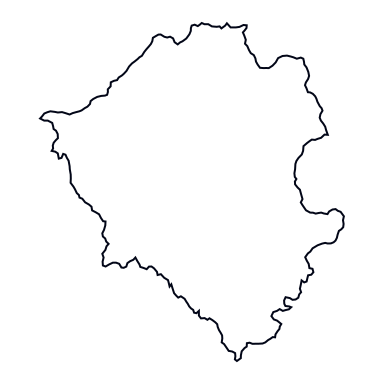 the district of São Miguel Arcanjo, São Paulo, Brazil
{"feature_id": "56859067B88039902051634", "entity_name": "São Miguel Arcanjo", "entity_type": "district", "adm_level": 2, "iso_a3": "BRA", "parent_name": "Brazil", "parent_adm1": "São Paulo", "projection": "robinson", "projection_center": [-47.987, -23.932], "detail": "fine", "context": "isolated", "style": "outline", "palette": "ink", "viewbox_px": 384, "rotation_deg": 0, "n_neighbors": 0, "source": "geoboundaries", "source_scale": "gbopen_adm2", "svg_char_len": 4288}
<svg xmlns="http://www.w3.org/2000/svg" viewBox="0 0 384 384"><path d="M234.9,359.4L236.9,361.0L240.8,358.2L240.9,355.3L241.7,351.3L244.6,348.0L246.7,346.6L246.9,343.2L249.6,342.7L252.4,343.8L259.1,343.7L262.6,343.5L265.3,342.4L268.2,340.0L270.2,338.9L272.7,337.1L275.1,337.3L275.5,334.4L277.5,331.3L279.4,329.0L279.8,326.5L281.3,324.0L277.1,320.6L273.8,319.4L271.4,316.1L273.3,312.1L277.0,310.9L279.7,309.1L282.8,310.9L285.5,310.1L288.9,309.3L291.2,307.2L289.0,306.4L285.4,306.0L284.3,303.8L284.1,300.5L285.6,297.2L289.9,298.1L292.5,299.8L295.6,299.5L298.3,297.7L299.2,294.4L301.1,292.2L299.9,288.8L300.8,284.7L301.6,280.4L304.2,282.4L306.6,281.5L307.4,278.1L308.1,275.3L311.3,274.7L313.4,272.2L312.5,268.8L309.4,268.1L308.7,263.9L306.8,260.7L305.2,257.2L307.9,253.4L310.3,251.6L312.6,248.3L317.6,245.3L322.1,243.6L325.2,242.9L327.7,243.5L330.9,243.4L333.6,242.3L335.5,240.6L336.9,237.8L337.6,234.7L338.9,230.9L341.3,229.3L343.2,227.2L343.6,223.9L343.0,220.2L343.9,216.3L340.6,211.8L337.8,210.8L335.6,209.1L332.5,209.5L329.1,211.5L327.5,214.1L323.9,213.5L321.2,212.6L318.6,213.0L315.7,213.6L313.0,212.7L310.2,212.6L306.0,210.3L302.6,205.3L300.8,202.4L302.5,199.1L301.1,194.2L299.9,189.7L297.6,187.5L295.1,184.4L294.9,181.5L296.4,179.0L294.8,176.9L294.4,173.3L295.1,169.2L295.4,164.0L296.4,161.0L298.5,157.9L301.8,154.5L303.1,150.9L303.5,146.1L307.1,143.0L309.5,141.2L311.8,139.6L315.1,139.9L317.8,138.8L321.1,137.8L324.5,134.6L327.8,134.8L326.1,130.1L325.2,126.7L323.2,123.5L320.9,120.6L319.7,117.7L320.4,114.2L322.5,110.7L321.6,108.2L319.8,106.2L317.4,101.7L316.4,98.7L315.2,96.3L312.8,93.8L310.1,92.4L307.9,92.2L306.5,88.3L305.0,85.2L305.9,82.4L308.1,79.0L309.1,75.9L308.3,71.9L306.5,67.4L304.3,64.5L304.0,61.8L303.3,58.7L300.8,57.6L296.8,58.7L293.4,57.3L290.7,56.5L287.0,55.6L282.5,56.0L278.1,58.1L275.7,62.4L272.5,65.7L268.8,68.1L266.1,68.0L263.7,68.1L260.0,67.8L257.6,64.5L256.0,61.6L255.4,58.4L253.8,55.1L250.8,53.2L249.0,50.1L247.3,46.1L245.0,43.7L245.8,39.8L244.2,35.4L242.9,32.4L244.6,30.5L246.5,28.0L246.7,25.3L243.5,25.0L239.5,26.9L235.9,27.4L230.6,27.4L226.9,23.3L225.2,25.6L221.4,28.4L219.6,26.4L216.7,26.8L211.9,26.4L208.3,24.2L204.4,24.2L201.7,23.0L199.9,24.6L197.8,26.1L194.7,24.7L191.7,25.6L190.9,28.1L190.8,30.9L189.4,34.3L186.3,38.5L182.5,41.3L180.1,42.4L177.7,44.4L174.6,42.2L173.1,38.4L170.1,36.7L167.2,37.5L164.4,36.8L160.7,34.5L158.4,34.6L156.3,35.8L152.9,37.8L152.3,41.2L150.9,44.0L149.0,46.3L146.2,49.5L144.3,51.9L141.9,55.8L139.4,57.3L137.7,59.0L134.6,61.5L132.0,63.4L129.1,66.5L126.5,70.9L123.9,73.7L122.0,75.4L118.7,77.5L117.1,80.1L114.0,80.8L110.8,82.3L110.6,86.4L107.8,89.3L107.9,92.0L107.1,94.8L105.0,95.6L101.3,95.9L97.2,96.9L93.2,99.0L90.6,101.1L90.0,104.0L87.4,106.7L84.8,108.1L81.6,110.4L79.4,111.3L75.9,112.2L72.7,113.1L69.6,114.5L65.7,113.2L62.0,112.1L57.9,112.5L54.9,111.9L50.4,111.3L47.4,112.2L44.3,113.5L41.9,116.6L40.1,118.5L44.2,120.6L47.8,120.6L52.2,122.9L53.1,126.2L53.6,129.0L56.0,130.7L57.7,134.0L57.9,138.2L55.9,140.1L53.7,142.7L52.8,145.6L53.1,148.5L51.7,150.9L55.3,151.7L57.8,153.4L58.8,158.6L61.5,157.9L63.2,153.9L65.5,154.7L66.9,157.9L68.6,160.7L69.6,166.1L69.8,169.3L70.7,174.5L70.8,178.5L70.6,182.8L73.5,186.7L75.0,189.3L76.8,193.1L78.9,195.0L79.5,197.6L82.3,198.7L85.1,202.3L88.9,204.5L91.5,206.7L92.1,210.4L95.6,212.2L99.1,214.3L100.9,217.9L103.1,221.2L105.5,221.5L105.3,225.4L104.0,229.9L102.3,233.3L102.9,236.5L105.2,238.5L106.2,241.5L108.6,243.9L106.5,246.3L105.4,249.9L102.3,253.8L103.6,257.5L102.6,261.7L102.9,265.5L105.6,266.5L109.2,264.4L112.8,262.7L116.1,262.7L119.2,263.8L121.4,267.5L123.7,267.8L126.3,266.6L127.4,263.1L130.1,261.2L133.3,259.8L135.4,257.5L137.3,261.0L139.5,264.5L140.3,266.9L143.7,268.0L146.7,269.2L149.0,266.6L151.5,266.5L154.0,268.3L157.0,271.9L157.6,275.0L160.9,274.2L164.2,277.8L168.0,280.1L168.8,283.1L169.6,286.5L171.3,284.3L172.4,287.9L174.1,293.2L176.4,295.8L178.2,297.6L180.9,296.3L184.6,298.8L186.4,301.8L187.8,303.8L189.2,306.4L191.0,308.4L193.2,309.9L194.1,312.7L196.4,313.2L198.9,310.9L198.9,315.6L201.0,318.4L204.6,318.1L207.4,319.8L209.5,318.3L212.4,320.1L215.3,322.3L217.2,324.2L217.7,326.9L219.0,330.1L220.8,333.0L222.1,335.4L222.3,338.5L221.7,342.4L224.1,344.1L226.9,348.2L228.7,350.9L232.2,351.5L235.1,353.1L235.4,356.3L234.9,359.4Z" fill="none" stroke="#020617" stroke-width="2"/></svg>